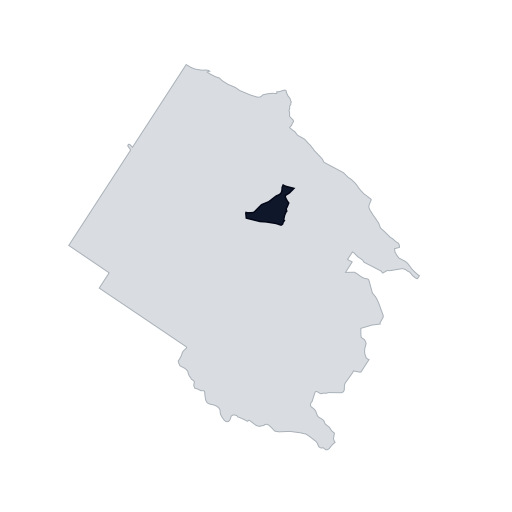 location of Khartoum within Sudan, rotated 303°
{"feature_id": "SDN-874", "entity_name": "Khartoum", "entity_type": "Region", "adm_level": 1, "iso_a3": "SDN", "parent_name": "Sudan", "parent_adm1": "", "projection": "equal_earth", "projection_center": [32.98, 15.925], "detail": "fine", "context": "in_parent", "style": "filled", "palette": "ink", "viewbox_px": 512, "rotation_deg": 303, "n_neighbors": 0, "source": "natural_earth", "source_scale": "10m", "svg_char_len": 4531}
<svg xmlns="http://www.w3.org/2000/svg" viewBox="0 0 512 512"><g transform="rotate(303 256 256)"><path d="M328.4,403.8L324.9,403.8L324.5,402.7L324.6,399.7L325.0,397.4L326.2,393.8L325.9,391.8L326.1,388.9L325.2,385.7L316.8,376.5L315.2,373.9L310.7,371.6L311.5,369.0L309.6,350.0L310.6,347.8L310.8,344.5L310.8,341.6L311.9,336.8L312.0,334.7L303.1,334.6L303.0,336.7L303.4,339.0L303.4,339.9L291.0,340.0L296.0,347.4L296.2,350.7L295.9,354.7L296.0,357.3L296.3,359.0L297.6,362.3L297.5,363.0L297.2,363.8L288.4,373.7L286.9,378.3L285.8,380.7L283.2,384.7L275.2,395.3L273.8,396.0L267.7,396.4L267.1,396.7L266.6,397.2L266.4,397.0L261.2,390.8L252.4,383.3L246.6,387.2L245.0,388.7L244.9,392.3L244.1,394.1L242.5,396.1L238.2,397.4L235.9,398.5L233.2,400.5L230.6,403.9L230.4,405.6L230.7,407.2L215.8,407.2L214.9,405.9L212.7,400.3L211.2,400.6L197.7,400.0L195.7,400.6L191.9,402.9L189.9,403.3L187.9,402.2L180.9,391.1L179.3,389.8L177.7,387.2L176.2,386.0L175.7,385.2L175.6,384.0L175.6,381.6L175.1,380.1L174.0,379.7L164.4,382.3L163.1,382.0L161.1,382.5L160.4,382.9L159.6,384.4L159.4,387.4L159.1,388.9L158.4,390.6L155.6,394.3L155.0,396.0L155.1,400.1L154.9,402.2L154.5,403.1L153.3,404.7L152.8,405.6L152.3,410.9L150.8,414.1L150.4,415.3L150.3,417.6L150.1,418.3L145.7,420.1L144.1,421.3L143.1,423.1L142.9,423.8L141.0,423.2L138.7,422.7L134.1,422.2L132.3,421.3L131.5,420.1L131.8,416.8L131.4,416.2L130.6,415.6L130.2,414.2L130.3,412.5L132.7,408.8L133.2,406.9L133.9,397.6L133.8,394.7L131.9,389.5L127.7,380.6L126.6,378.8L121.3,371.4L120.7,370.3L119.4,367.2L120.9,360.4L121.1,358.5L120.7,356.6L119.4,355.1L118.1,354.9L116.6,353.1L115.5,352.3L114.6,350.7L114.0,348.4L114.6,340.4L114.3,339.3L112.9,339.0L112.6,338.5L112.6,336.9L112.0,332.4L111.2,328.6L111.7,326.5L110.5,323.6L108.4,322.4L104.0,323.4L102.7,323.2L101.8,322.7L101.1,321.6L100.8,320.4L101.1,318.5L102.4,315.1L104.0,312.3L107.1,309.8L108.0,308.4L108.5,306.9L108.6,305.2L108.4,303.4L108.1,301.7L107.2,299.5L106.4,296.9L106.4,295.2L106.8,294.0L107.7,292.4L110.8,289.5L114.0,287.0L114.6,286.2L114.4,285.2L113.0,283.1L112.6,279.2L111.8,276.5L113.5,274.4L114.7,273.7L116.5,273.1L117.3,272.2L117.5,270.6L117.5,269.0L118.1,267.9L119.1,265.4L119.8,264.2L122.3,261.3L122.8,259.4L123.0,257.6L122.5,252.1L123.9,249.8L125.7,247.9L128.2,248.0L132.2,247.6L134.9,246.8L136.8,246.8L141.2,247.9L141.7,247.4L141.9,246.0L143.7,142.0L161.7,142.0L161.9,141.8L162.9,93.2L275.8,93.2L276.7,93.0L278.5,88.5L279.3,88.2L280.4,88.4L280.8,89.5L279.9,93.2L378.5,93.2L378.7,98.7L379.6,103.2L382.4,109.5L384.8,112.9L385.7,114.8L385.8,115.7L385.7,116.5L385.0,115.6L383.7,114.9L383.6,117.9L384.2,124.0L385.3,128.3L384.6,132.2L384.7,139.0L386.1,147.0L385.9,152.2L388.1,164.2L390.1,170.9L391.2,172.5L392.5,173.4L394.9,174.0L398.4,177.4L401.3,181.0L402.3,182.8L403.6,184.9L404.6,184.5L405.1,184.0L406.1,185.7L410.5,189.3L411.2,190.9L409.6,192.6L407.8,195.4L406.9,198.0L406.5,198.9L405.0,200.5L404.8,201.3L404.1,201.8L403.5,201.8L401.9,202.7L400.6,202.5L399.2,203.0L398.7,203.6L397.6,204.1L396.1,204.4L393.9,206.6L391.9,207.7L391.2,208.6L390.2,213.1L389.4,214.2L386.4,214.3L385.0,214.7L383.0,214.2L382.0,214.3L381.8,215.2L381.4,219.0L381.5,220.7L379.9,225.0L380.4,233.2L378.8,239.3L378.6,240.7L377.0,245.5L376.2,247.3L374.1,256.3L373.3,259.1L371.6,262.0L373.5,283.8L372.1,290.5L372.1,294.2L371.1,299.5L370.3,302.0L369.0,305.0L367.9,308.4L366.9,312.8L366.3,321.2L366.0,322.0L360.7,323.0L359.0,323.6L357.9,324.6L356.5,326.7L353.8,332.6L352.4,336.3L350.2,341.2L347.6,344.7L347.0,346.5L346.6,349.6L345.6,354.7L344.8,358.3L344.9,361.1L344.1,366.2L344.3,368.6L343.3,370.0L342.1,371.2L341.3,371.6L337.6,368.2L334.9,370.5L333.3,373.8L332.1,377.0L332.8,384.0L332.7,385.5L332.4,387.2L329.9,394.0L329.2,397.1L328.4,402.5L328.4,403.8Z" fill="#d9dde1" stroke="#a8b0b8" stroke-width="1"/><path d="M318.3,254.6L313.9,255.4L313.2,255.4L312.4,255.5L311.9,255.8L311.6,256.0L310.8,256.9L310.6,257.1L310.3,257.4L310.1,257.4L309.1,257.2L305.7,257.8L301.8,259.3L301.5,259.4L301.4,259.5L301.2,260.3L301.2,260.5L299.1,260.4L298.4,260.5L298.1,260.7L297.5,260.9L297.3,260.9L297.2,260.9L295.8,260.4L295.5,260.1L294.4,255.9L293.9,254.4L289.9,245.5L287.1,240.6L282.5,227.2L286.4,224.1L287.1,223.9L287.5,225.0L287.8,225.7L290.2,229.1L291.0,230.0L292.0,230.6L301.6,232.6L302.5,233.0L308.4,237.1L317.5,240.3L319.8,241.9L321.3,242.5L322.0,242.7L323.3,242.6L324.5,242.3L327.0,241.1L327.6,240.6L330.3,240.1L330.4,241.5L330.9,243.7L333.4,251.0L327.1,249.7L323.0,247.8L322.4,247.8L321.7,248.3L320.8,249.3L319.2,252.2L318.3,254.6Z" fill="#0f172a" stroke="#020617" stroke-width="1.5"/></g></svg>